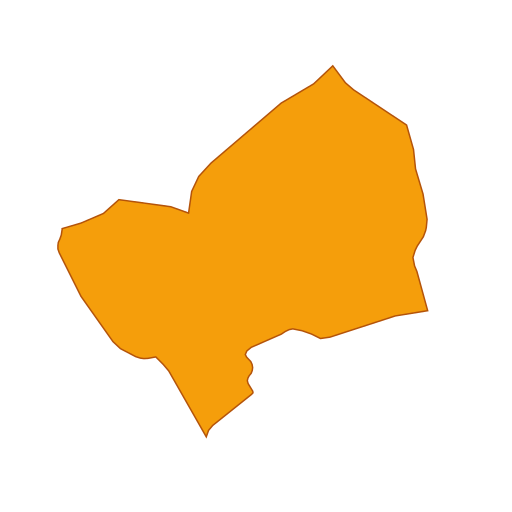 an SVG outline of Samut Sakhon, rotated 161°
{"feature_id": "THA-423", "entity_name": "Samut Sakhon", "entity_type": "Province", "adm_level": 1, "iso_a3": "THA", "parent_name": "Thailand", "parent_adm1": "", "projection": "orthographic", "projection_center": [100.245, 13.578], "detail": "fine", "context": "isolated", "style": "filled", "palette": "amber", "viewbox_px": 512, "rotation_deg": 161, "n_neighbors": 0, "source": "natural_earth", "source_scale": "10m", "svg_char_len": 1051}
<svg xmlns="http://www.w3.org/2000/svg" viewBox="0 0 512 512"><g transform="rotate(161 256 256)"><path d="M430.3,345.0L410.8,344.1L386.4,345.9L367.3,353.9L320.5,330.3L305.8,318.5L295.8,338.0L284.2,349.9L268.3,358.5L182.4,392.4L145.4,400.0L121.5,410.8L115.1,390.7L109.7,381.4L71.0,330.8L72.4,305.4L76.8,286.4L77.9,260.2L82.3,235.0L85.7,227.5L87.4,224.7L91.5,219.7L100.3,212.9L103.7,209.5L108.1,203.5L109.3,195.0L108.9,189.0L111.5,148.4L143.8,154.0L212.5,155.2L221.9,157.0L229.0,164.2L236.7,170.3L244.9,175.1L248.6,175.6L252.9,175.1L257.4,173.9L290.2,171.2L295.6,169.2L298.2,166.3L297.8,163.4L295.3,157.9L295.0,154.7L295.5,151.6L296.8,149.0L298.7,146.7L301.3,145.1L303.3,143.3L304.8,141.0L305.0,138.0L303.1,129.2L303.4,127.6L305.3,126.6L352.1,109.9L357.6,106.6L361.9,101.2L375.9,175.7L379.0,183.7L383.6,193.2L391.6,194.4L395.4,195.5L398.6,197.1L402.5,200.0L414.3,212.5L419.1,221.6L434.6,274.8L441.0,323.1L441.0,327.1L439.8,330.6L438.5,333.2L436.1,335.7L433.3,339.2L430.3,344.9L430.3,345.0Z" fill="#f59e0b" stroke="#b45309" stroke-width="1.5"/></g></svg>